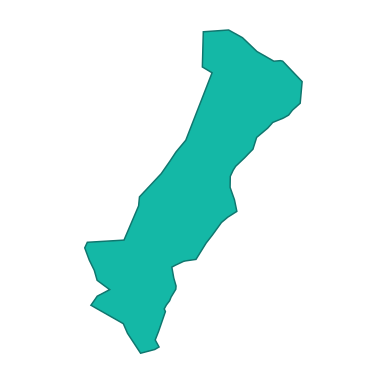 Ede North, Osun, Nigeria (Mercator projection), rotated 273°
{"feature_id": "59680162B47259322211203", "entity_name": "Ede North", "entity_type": "district", "adm_level": 2, "iso_a3": "NGA", "parent_name": "Nigeria", "parent_adm1": "Osun", "projection": "mercator", "projection_center": [4.479, 7.716], "detail": "fine", "context": "isolated", "style": "filled", "palette": "teal", "viewbox_px": 384, "rotation_deg": 273, "n_neighbors": 0, "source": "geoboundaries", "source_scale": "gbopen_adm2", "svg_char_len": 964}
<svg xmlns="http://www.w3.org/2000/svg" viewBox="0 0 384 384"><g transform="rotate(273 192 192)"><path d="M286.3,295.4L308.0,296.2L327.4,275.7L327.8,273.4L326.9,266.9L335.7,249.5L348.7,234.4L355.7,220.1L352.6,194.9L317.4,195.8L312.1,205.8L279.7,195.1L243.4,183.1L231.1,173.9L221.4,168.2L208.7,160.3L184.4,139.8L175.3,139.4L140.4,126.6L136.3,90.1L130.6,87.8L118.6,93.0L108.7,98.5L98.8,101.9L90.2,114.9L83.0,102.8L73.6,97.0L56.9,130.3L47.5,135.0L28.3,149.1L32.8,163.1L35.5,167.2L42.3,163.0L51.3,166.0L71.2,171.7L73.8,170.4L77.8,172.3L82.2,175.3L86.0,176.6L94.0,180.9L97.3,181.0L105.1,178.3L115.9,175.8L118.0,179.2L122.3,187.2L122.9,189.3L124.9,199.5L138.7,207.1L141.8,208.8L150.1,214.6L163.1,223.0L168.7,229.0L175.0,237.8L186.5,234.8L198.6,229.8L209.6,229.4L216.0,232.0L219.9,234.2L229.0,242.8L232.5,245.8L237.9,250.6L249.9,253.7L259.8,264.3L265.7,269.0L270.7,279.5L273.9,284.5L279.0,288.0L286.3,295.4Z" fill="#14b8a6" stroke="#0f766e" stroke-width="1.5"/></g></svg>